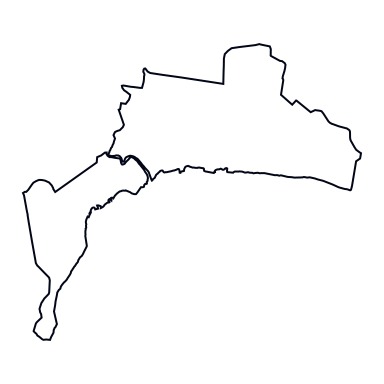 Luganville, Sanma, Vanuatu
{"feature_id": "77236927B85216783558225", "entity_name": "Luganville", "entity_type": "district", "adm_level": 2, "iso_a3": "VUT", "parent_name": "Vanuatu", "parent_adm1": "Sanma", "projection": "albers", "projection_center": [167.173, -15.521], "detail": "fine", "context": "isolated", "style": "outline", "palette": "ink", "viewbox_px": 384, "rotation_deg": 0, "n_neighbors": 0, "source": "geoboundaries", "source_scale": "gbopen_adm2", "svg_char_len": 5653}
<svg xmlns="http://www.w3.org/2000/svg" viewBox="0 0 384 384"><path d="M110.2,150.2L109.7,150.8L109.2,152.5L108.4,154.2L108.7,155.0L109.2,155.5L111.7,156.1L115.1,155.8L116.1,155.4L118.3,155.5L119.7,156.2L121.1,157.8L121.5,158.5L121.6,159.3L122.0,160.3L122.6,161.6L123.6,161.7L124.1,161.5L125.0,158.9L125.7,157.7L126.6,157.0L129.0,156.0L130.5,155.7L133.1,156.3L134.5,156.9L136.0,158.0L137.6,158.9L141.3,163.3L141.5,163.6L142.0,164.4L144.0,166.6L145.0,167.9L147.9,171.0L148.7,172.1L149.8,175.2L151.5,179.9L151.9,180.6L152.4,180.3L152.9,179.3L153.5,178.7L154.2,178.3L154.7,177.9L156.1,174.9L156.7,174.3L157.9,173.4L158.5,172.6L159.5,171.9L159.9,171.3L160.5,170.9L161.2,170.6L161.4,170.6L161.7,170.5L162.5,170.5L163.3,171.6L163.6,172.1L164.3,172.5L165.3,172.2L166.8,172.2L167.8,171.9L169.5,171.6L171.2,171.2L173.2,170.6L174.1,170.5L176.2,169.8L177.6,169.1L178.7,169.0L179.4,170.2L179.7,172.7L180.4,172.8L180.5,172.1L180.9,172.0L181.4,171.6L182.4,171.2L182.7,171.3L182.9,171.3L183.5,171.0L184.0,170.9L184.1,169.7L184.3,168.9L185.0,167.5L185.3,167.0L186.0,166.5L186.8,166.2L188.1,165.9L188.6,166.2L189.4,166.3L190.2,166.9L191.0,167.0L192.6,167.6L193.3,167.5L196.1,167.9L197.5,167.9L198.2,167.6L199.0,167.5L199.3,167.6L203.5,168.3L204.0,169.0L203.9,169.6L204.2,170.9L205.3,171.4L213.8,173.0L214.1,172.2L215.0,172.1L214.9,170.8L215.8,170.0L217.0,169.5L218.4,169.3L219.3,169.3L220.6,168.7L221.1,168.8L222.6,169.7L223.3,169.8L224.7,169.2L224.9,168.7L225.3,168.4L225.7,168.2L226.5,168.1L227.2,168.5L227.1,170.1L227.0,171.1L227.3,172.1L233.1,172.7L233.5,172.2L234.9,171.5L238.9,171.5L239.4,171.4L242.0,171.6L243.1,171.9L244.5,172.5L245.8,172.6L248.0,172.2L249.3,172.6L250.9,172.8L252.3,172.8L253.3,173.3L256.1,172.9L258.0,172.8L259.4,173.2L264.3,173.1L269.8,174.2L274.9,175.2L277.3,175.1L279.2,175.7L280.9,175.3L287.6,176.9L291.9,177.2L294.4,177.6L302.4,177.4L303.9,177.0L307.3,177.6L309.7,177.3L315.0,178.5L318.0,179.5L323.1,180.8L332.6,184.5L338.7,187.3L344.4,188.9L347.3,189.3L350.1,190.3L351.0,189.8L352.0,186.0L356.1,161.3L360.1,158.5L361.0,153.2L359.7,152.4L356.2,149.8L354.5,147.2L350.7,140.5L350.4,139.6L350.1,138.0L350.0,132.0L349.6,130.5L349.1,130.0L347.0,128.5L338.8,126.3L332.5,124.0L332.2,124.0L329.8,122.7L328.4,121.3L323.2,113.3L321.5,111.2L320.1,110.8L315.1,110.1L310.7,112.2L296.6,100.7L296.1,100.5L292.2,104.7L281.0,94.8L283.3,80.1L283.0,79.0L282.5,78.5L282.8,76.4L284.5,70.8L285.1,68.0L285.5,64.7L284.8,63.2L282.0,61.1L280.0,60.9L271.2,56.1L270.7,55.6L270.8,49.1L269.8,46.4L260.6,44.5L259.4,44.1L255.4,45.1L239.0,47.1L231.6,48.2L228.0,50.8L224.8,54.1L223.9,58.6L223.8,65.8L223.6,71.2L223.3,83.9L181.5,77.5L162.1,74.8L150.2,73.0L147.7,71.6L145.3,68.5L144.3,68.6L143.6,69.6L143.3,71.8L144.4,73.9L144.4,75.2L144.1,75.9L143.9,79.7L143.6,82.0L142.0,87.9L140.2,87.9L133.5,87.0L130.9,86.8L123.4,85.5L121.9,85.8L122.3,87.8L124.0,90.2L126.6,92.0L130.2,94.9L129.9,97.0L128.9,99.8L125.7,103.9L121.1,103.2L120.1,109.2L118.7,109.7L123.9,124.8L122.8,127.2L119.8,130.2L117.4,130.9L115.2,131.9L114.3,133.3L113.9,134.5L113.5,135.1L115.0,138.5L113.9,141.7L113.5,143.5L112.7,144.9L111.9,147.1L111.1,147.9L110.2,150.2ZM33.6,331.1L34.5,332.2L36.4,333.8L37.4,335.6L39.2,336.7L42.3,339.3L43.4,339.8L46.4,339.5L50.0,339.9L51.2,336.9L53.5,332.7L53.7,330.2L54.6,327.9L55.4,327.2L56.9,324.1L54.0,311.5L55.1,305.4L55.6,301.2L56.8,295.6L57.3,292.5L58.8,290.0L60.3,288.7L60.8,286.8L61.9,285.0L64.0,282.4L65.0,281.6L66.8,279.6L67.5,278.3L69.0,276.1L69.8,274.9L70.4,273.8L70.9,272.7L71.0,271.7L73.0,268.7L74.3,266.6L74.9,266.1L76.3,263.8L77.4,262.6L77.9,261.8L78.3,260.2L80.0,257.4L81.2,256.4L81.9,255.8L83.2,253.6L83.9,252.0L86.7,246.5L86.8,245.7L85.7,238.5L85.5,237.3L85.3,236.2L85.5,234.7L85.5,234.2L85.4,233.5L85.4,231.0L85.7,229.7L85.6,228.6L86.2,227.8L86.0,225.4L86.3,224.2L85.9,222.9L85.9,221.4L86.4,219.4L87.6,216.6L88.7,217.2L90.1,213.7L89.5,213.5L89.7,212.9L90.5,213.2L90.9,212.2L90.6,212.0L90.6,211.1L91.1,209.5L91.6,208.7L92.3,207.9L93.2,207.5L94.0,207.5L94.6,207.9L95.2,209.4L98.2,208.6L97.1,205.5L97.8,205.4L98.4,205.4L100.7,206.2L100.9,208.0L102.5,207.2L103.5,206.4L104.3,205.4L104.6,204.7L107.6,202.5L108.9,202.5L109.5,202.1L109.4,201.6L108.6,200.9L108.4,200.2L108.8,199.6L109.3,199.1L109.8,199.1L111.4,200.5L111.5,199.9L110.4,198.6L111.1,197.9L111.9,197.7L112.6,197.8L113.3,198.4L114.2,196.9L114.9,195.7L116.9,193.6L117.2,193.3L117.7,193.0L118.5,192.3L119.5,191.6L120.2,191.3L121.1,191.2L121.8,190.8L122.8,190.6L123.9,190.6L125.1,190.7L125.7,190.4L130.1,192.2L131.8,193.4L132.8,193.7L134.0,194.1L136.0,194.1L137.3,192.6L137.9,191.7L141.0,187.2L142.9,187.2L143.9,186.8L144.1,185.8L144.3,184.9L145.1,184.0L145.7,183.8L146.1,183.9L146.6,183.9L146.9,183.4L146.8,182.0L147.6,180.8L147.6,179.8L147.9,178.3L147.8,177.1L147.4,175.6L146.6,173.9L145.2,172.0L144.0,169.8L141.2,166.3L140.2,165.0L139.8,164.6L139.3,164.1L137.1,161.0L135.3,159.6L134.1,158.4L131.8,157.1L131.1,157.1L129.8,157.8L128.6,159.4L126.5,161.4L125.6,162.4L124.8,163.6L124.0,164.1L122.9,164.5L122.1,164.5L121.5,163.8L121.1,162.9L120.5,159.6L120.0,158.8L119.0,158.4L114.7,157.8L111.3,157.1L109.7,157.1L108.7,156.6L107.5,155.6L106.4,153.7L106.6,152.5L105.5,152.5L104.9,152.6L101.1,155.5L97.2,157.1L96.7,162.5L55.2,192.0L53.3,189.0L53.2,188.2L51.8,185.5L49.1,182.5L45.0,180.6L41.9,180.0L39.0,179.9L36.1,181.1L33.4,182.7L31.9,184.6L28.2,189.9L26.2,191.9L24.9,191.8L23.0,193.0L24.0,195.3L26.8,210.7L27.7,214.9L27.6,215.2L28.6,221.5L32.1,242.0L35.9,263.2L37.3,265.6L38.5,266.7L43.9,272.3L49.1,277.6L49.8,280.3L49.7,282.0L49.2,292.3L48.7,294.0L44.3,298.5L42.8,300.9L41.4,303.0L39.5,308.8L40.2,312.4L41.1,314.0L41.6,317.6L36.8,322.2L35.9,323.5L33.6,331.1Z" fill="none" stroke="#020617" stroke-width="2"/></svg>